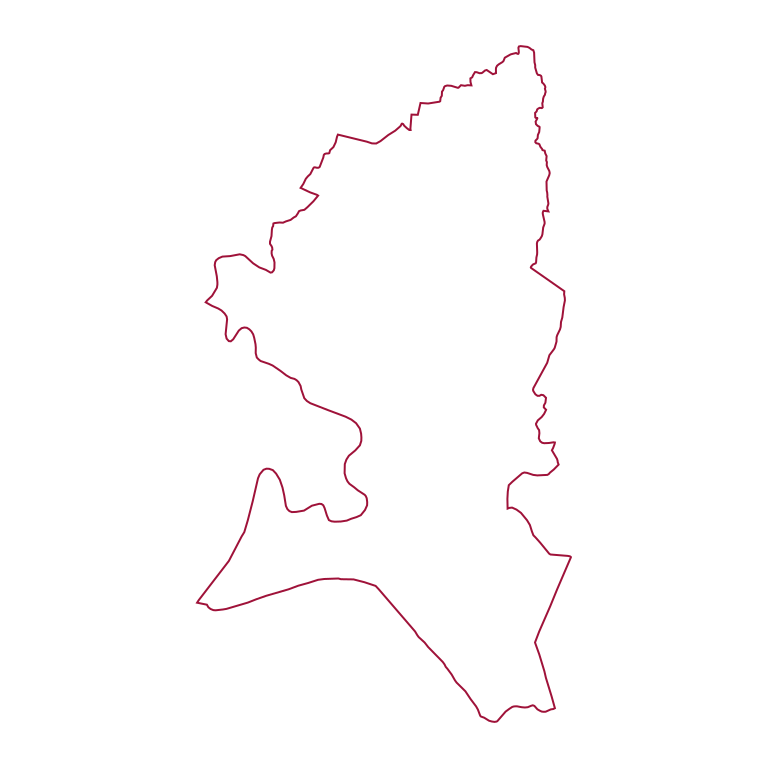 Long Dien, Bà Rịa - Vũng Tàu, Vietnam
{"feature_id": "81297802B9398077823445", "entity_name": "Long Dien", "entity_type": "district", "adm_level": 2, "iso_a3": "VNM", "parent_name": "Vietnam", "parent_adm1": "Bà Rịa - Vũng Tàu", "projection": "robinson", "projection_center": [107.23, 10.446], "detail": "fine", "context": "isolated", "style": "outline", "palette": "rose", "viewbox_px": 768, "rotation_deg": 0, "n_neighbors": 0, "source": "geoboundaries", "source_scale": "gbopen_adm2", "svg_char_len": 6056}
<svg xmlns="http://www.w3.org/2000/svg" viewBox="0 0 768 768"><path d="M205.7,302.3L212.1,305.9L218.2,308.5L221.5,310.5L224.6,313.5L226.6,316.5L227.1,319.4L225.6,334.2L226.6,338.6L228.8,341.1L230.8,341.3L233.2,339.3L238.8,330.6L241.6,328.2L244.3,327.5L246.9,327.8L249.3,329.3L251.4,331.4L253.2,334.4L254.2,337.8L255.5,344.2L255.8,347.6L255.7,353.1L256.8,357.5L258.6,359.4L260.6,361.0L268.8,363.8L272.6,365.5L280.5,370.9L286.2,375.3L290.7,377.9L294.5,378.9L296.6,380.2L298.5,382.1L300.6,386.0L301.3,389.5L304.3,398.2L306.9,401.0L310.3,403.2L328.0,410.1L345.6,416.7L351.4,419.6L356.1,423.2L359.9,428.6L361.1,433.6L361.4,437.4L361.3,440.9L359.9,445.3L355.3,450.4L348.9,455.7L346.4,459.6L344.8,464.1L344.6,473.3L346.0,478.2L347.5,481.4L349.4,483.8L354.2,487.3L357.8,490.3L364.7,494.8L365.8,496.1L366.7,498.2L367.2,502.1L367.1,505.3L365.0,510.0L360.8,515.2L356.5,517.1L351.1,518.8L346.8,520.6L340.9,521.5L334.7,521.7L331.5,521.3L328.9,520.1L326.9,515.5L324.6,508.1L323.3,505.3L321.5,504.0L319.3,503.8L311.9,505.7L304.0,510.6L296.2,511.9L291.9,512.1L289.4,511.1L287.4,509.1L285.9,505.9L284.2,495.3L282.5,487.6L279.8,479.7L276.1,473.6L272.8,470.1L269.1,468.8L266.4,468.7L263.5,469.8L259.7,474.3L258.0,478.3L252.7,501.3L247.8,520.3L244.3,532.1L241.6,536.5L228.9,560.9L198.7,600.2L197.1,602.7L206.9,604.7L208.4,607.3L210.6,609.0L213.3,610.1L215.6,610.3L222.8,609.5L226.4,608.9L247.8,602.6L256.2,599.3L266.2,595.8L288.6,589.3L298.3,585.7L308.1,583.0L318.1,579.8L324.2,579.0L338.4,578.5L340.9,579.2L353.5,579.4L364.4,582.2L375.6,585.9L378.7,589.2L415.1,631.5L417.3,635.2L418.7,637.1L424.6,642.5L428.2,647.1L442.8,662.0L444.6,664.5L445.7,666.8L447.5,668.9L451.7,674.6L455.0,680.4L456.6,682.6L465.4,691.3L470.6,699.1L476.1,706.4L477.9,709.6L480.2,715.7L480.9,716.5L484.2,717.7L489.0,720.7L491.8,721.5L494.5,721.9L496.4,721.6L497.3,721.2L505.6,711.6L509.4,708.8L512.3,706.9L514.1,706.4L516.9,706.3L521.6,707.2L524.9,707.5L527.8,707.2L531.1,705.8L532.8,705.3L534.4,705.9L537.4,709.3L540.0,710.8L541.8,711.6L543.9,711.8L545.7,711.7L550.8,709.4L553.3,709.0L554.9,708.2L551.6,696.4L545.9,677.8L544.4,671.3L539.3,654.5L535.0,642.5L539.2,631.5L550.2,606.3L557.1,589.4L570.9,557.3L570.8,556.9L569.9,556.3L567.8,555.9L550.5,554.5L549.2,553.7L540.2,542.7L535.4,537.3L533.4,535.3L531.9,531.4L529.9,525.0L527.0,520.2L521.0,512.9L516.5,509.6L512.1,507.6L509.3,507.9L507.6,508.6L507.4,498.8L507.8,491.5L508.8,485.2L512.3,481.8L522.2,473.3L524.3,472.5L527.1,472.9L533.2,474.9L537.3,475.4L547.3,474.9L548.7,474.1L550.0,472.6L553.8,469.5L558.6,464.6L557.7,462.1L557.6,460.9L557.0,458.9L551.9,450.3L553.1,448.0L554.6,444.0L554.9,442.5L553.5,442.3L548.9,443.0L544.2,443.2L542.2,442.8L540.2,441.3L538.8,438.3L539.4,433.2L539.1,430.1L537.8,428.3L536.1,424.8L536.0,423.7L537.8,420.4L541.7,417.0L544.1,413.9L546.1,409.8L543.8,407.4L543.9,405.4L545.4,402.7L546.0,397.8L543.4,395.2L541.2,394.8L539.5,395.8L537.5,395.8L535.4,394.3L533.4,391.2L533.0,389.9L533.4,388.1L547.2,362.8L549.4,355.2L553.5,349.8L554.4,348.5L554.9,347.2L556.5,341.6L556.6,337.1L557.2,335.2L560.0,329.4L560.7,326.9L561.0,322.0L562.3,317.5L563.6,307.1L564.9,300.5L564.8,297.9L564.1,294.4L564.3,291.2L531.0,267.9L530.8,267.5L531.1,266.6L532.2,265.3L533.1,264.4L535.7,263.3L536.1,262.2L536.4,257.5L537.1,254.4L537.2,252.3L536.9,243.6L537.2,242.0L538.0,240.6L539.6,239.6L540.4,238.5L541.8,236.2L542.4,234.3L543.2,227.5L544.6,223.7L544.6,222.0L542.9,214.5L542.7,213.0L543.0,211.8L543.5,210.8L548.4,211.4L547.3,208.8L547.3,207.0L548.2,204.6L548.4,203.4L547.3,196.6L547.4,195.2L547.2,192.6L546.7,190.5L546.5,181.5L549.2,175.3L549.7,173.1L549.3,171.0L547.3,167.1L546.7,165.1L546.9,162.1L546.2,160.5L546.6,156.1L545.3,153.5L544.7,150.7L542.5,150.1L542.1,149.0L540.4,146.8L539.4,144.3L538.7,143.8L536.2,143.2L535.3,142.1L535.5,140.6L537.2,138.9L537.6,138.2L537.9,134.9L539.2,132.0L539.6,127.9L539.6,127.0L539.2,126.6L537.7,125.9L536.0,124.2L535.6,121.6L537.3,118.5L537.2,118.0L535.8,117.9L535.3,117.4L535.1,112.9L536.6,111.4L537.2,109.4L538.5,108.4L539.9,107.8L541.5,108.1L542.2,107.9L542.7,107.3L542.3,103.2L542.9,101.6L543.1,98.8L543.8,96.5L544.9,94.8L545.2,93.2L545.6,92.2L545.6,91.2L544.9,88.7L545.3,87.7L545.3,86.8L544.8,85.5L543.4,83.6L542.1,82.5L541.4,76.6L541.0,75.8L539.8,75.1L538.0,74.9L536.9,73.4L535.2,67.6L535.2,65.1L534.5,62.3L534.1,52.6L533.3,50.2L531.5,49.5L529.5,47.9L527.5,46.9L520.6,46.1L518.9,46.5L518.4,47.8L518.8,51.5L518.8,52.7L518.5,53.6L518.2,53.9L517.4,53.8L516.1,53.0L512.8,53.8L510.6,54.4L504.8,57.7L503.5,61.0L502.4,62.1L498.8,64.3L497.1,65.7L496.7,66.5L496.1,67.6L495.9,69.0L496.0,73.1L492.9,74.2L486.7,70.0L485.0,70.5L482.4,72.7L481.6,73.1L479.5,73.2L476.7,72.2L475.0,72.1L473.1,75.2L472.2,77.3L470.4,78.4L470.5,82.0L471.4,85.4L467.7,85.2L464.9,85.8L461.0,85.2L458.5,87.7L457.8,87.8L451.2,85.8L447.2,85.5L445.1,86.1L444.3,86.8L443.1,90.2L442.0,91.6L441.8,95.8L440.6,97.7L440.2,101.2L439.5,101.7L428.2,103.5L420.5,103.0L417.8,114.8L411.5,114.6L410.4,128.6L410.6,130.0L409.3,130.0L407.0,128.3L404.2,125.7L403.2,124.1L402.1,123.6L401.7,123.8L400.7,125.8L399.7,126.8L395.2,130.7L388.3,135.0L380.5,141.1L376.2,143.5L372.0,143.4L366.9,141.7L337.9,134.6L337.0,136.8L335.7,142.3L333.4,147.1L330.1,150.2L329.3,153.1L328.7,153.4L326.2,153.5L324.6,154.0L323.8,155.0L323.3,157.5L319.7,166.9L318.6,167.7L317.1,167.8L314.8,167.3L313.9,167.5L313.4,168.1L310.3,174.1L307.9,176.3L305.8,178.8L303.3,184.0L300.6,187.9L310.2,192.4L316.9,194.8L318.1,195.6L313.4,201.3L307.3,207.3L304.4,209.8L300.6,210.5L299.0,211.2L297.9,213.3L295.9,216.3L293.7,217.5L290.6,219.9L285.9,221.4L283.0,222.7L279.5,222.5L274.4,223.1L273.4,223.5L273.1,226.2L272.3,227.4L271.9,229.6L271.5,236.1L270.0,241.7L270.0,243.8L271.6,246.2L272.2,247.7L272.4,249.7L271.7,250.8L271.6,253.4L272.1,255.7L273.7,258.9L274.5,262.4L274.4,268.2L273.8,270.3L272.1,272.3L270.5,272.6L265.9,269.9L259.3,267.4L253.1,263.3L245.3,256.1L243.4,255.1L239.7,254.3L230.1,256.1L222.4,256.6L218.7,258.2L216.2,260.2L215.2,262.1L214.7,265.2L216.8,276.3L217.4,282.2L217.4,284.6L216.9,287.8L212.1,295.8L207.2,300.4L205.7,302.3Z" fill="none" stroke="#9f1239" stroke-width="2"/></svg>